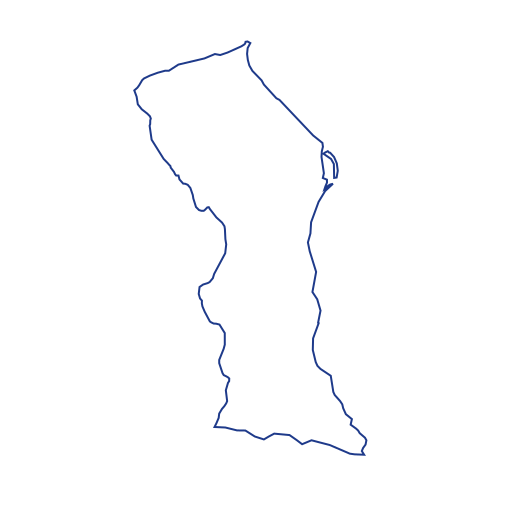 the District of Faro, rotated 261°
{"feature_id": "PRT-745", "entity_name": "Faro", "entity_type": "District", "adm_level": 1, "iso_a3": "PRT", "parent_name": "Portugal", "parent_adm1": "", "projection": "mercator", "projection_center": [-8.165, 37.247], "detail": "fine", "context": "isolated", "style": "outline", "palette": "blue", "viewbox_px": 512, "rotation_deg": 261, "n_neighbors": 0, "source": "natural_earth", "source_scale": "10m", "svg_char_len": 2438}
<svg xmlns="http://www.w3.org/2000/svg" viewBox="0 0 512 512"><g transform="rotate(261 256 256)"><path d="M438.6,161.7L440.8,165.2L442.9,167.3L447.5,171.1L448.9,173.2L450.8,179.5L452.4,187.7L453.2,195.1L452.6,198.9L457.2,209.3L459.2,236.0L461.9,247.0L460.1,252.1L461.4,259.7L465.4,274.4L466.1,276.0L466.7,277.4L467.5,278.5L469.2,279.2L469.2,281.2L467.2,283.7L462.7,280.3L457.0,278.8L450.9,278.6L445.2,279.2L439.4,281.4L428.6,289.0L424.1,290.6L408.6,300.8L406.5,303.6L366.1,331.3L357.3,339.3L353.4,339.2L349.2,337.4L343.6,336.2L327.1,336.0L322.6,334.2L320.3,338.0L317.4,337.6L314.0,335.5L311.5,334.2L314.1,338.3L315.0,340.4L315.3,343.3L309.3,334.4L299.7,326.3L280.7,315.7L269.8,313.3L261.3,309.4L252.3,309.8L230.9,312.9L221.8,309.7L211.6,306.1L203.7,309.7L192.0,311.2L180.4,306.9L179.9,307.4L165.7,299.5L154.3,297.4L141.9,298.4L137.9,299.5L134.4,302.0L126.0,311.1L109.6,311.1L106.4,312.0L99.5,316.4L96.0,318.0L92.0,318.3L85.7,320.0L79.9,325.2L74.6,323.1L69.8,327.9L67.6,329.6L64.8,330.7L59.5,335.2L56.7,336.2L52.6,334.7L49.7,331.8L46.8,330.0L42.8,331.7L44.7,322.3L46.1,317.7L47.4,315.7L57.8,299.2L61.8,290.0L65.3,282.0L62.9,272.1L67.7,267.5L73.9,261.1L77.7,246.2L75.7,240.4L73.6,235.1L77.9,226.6L85.3,218.2L86.7,210.0L91.4,198.9L93.6,188.3L96.8,190.6L101.9,193.8L106.1,195.0L110.3,198.5L112.6,201.2L115.1,203.5L117.2,204.8L128.1,205.2L135.1,208.5L136.6,209.9L139.2,210.4L140.7,209.2L142.1,207.4L143.4,205.5L145.6,204.6L155.9,202.9L159.1,203.4L169.3,209.5L173.3,211.3L184.8,213.1L189.5,211.1L194.0,209.2L195.4,206.0L195.9,203.6L197.6,201.2L198.6,200.2L209.0,196.6L214.6,195.2L217.7,195.1L220.4,195.6L222.8,194.1L227.5,193.5L234.2,195.4L236.1,199.3L236.8,204.1L237.5,206.1L240.8,209.9L244.9,211.9L263.5,226.0L272.1,228.4L277.4,228.4L287.4,229.5L290.3,229.5L294.3,227.7L300.3,222.9L309.6,217.8L311.6,217.0L311.6,215.5L309.5,212.7L308.8,211.4L309.2,209.1L310.3,206.9L313.8,204.4L322.6,203.1L326.1,203.1L333.5,201.8L337.0,199.7L338.4,197.4L338.9,195.4L343.6,192.4L347.6,192.0L348.0,189.7L349.6,188.8L351.8,188.2L356.6,185.6L358.3,185.5L359.8,184.4L361.6,183.3L366.3,180.0L387.2,171.1L401.3,171.3L402.8,172.1L406.6,172.8L408.2,173.6L410.6,173.1L413.5,171.0L418.8,166.1L424.3,163.0L432.0,163.0L438.6,161.7L438.6,161.7ZM320.9,345.4L334.7,347.3L340.1,345.3L346.4,338.7L347.1,339.7L347.5,340.8L348.3,343.3L346.7,344.4L346.4,345.4L341.5,348.6L334.8,350.3L327.4,350.1L320.9,347.9L320.9,345.4Z" fill="none" stroke="#1e3a8a" stroke-width="2"/></g></svg>